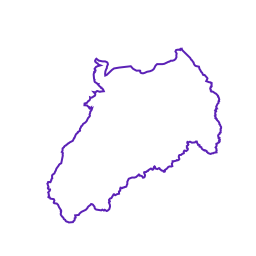 Pedro Moncayo, Pichincha, Ecuador, rotated 344°
{"feature_id": "8360857B86285248238237", "entity_name": "Pedro Moncayo", "entity_type": "district", "adm_level": 2, "iso_a3": "ECU", "parent_name": "Ecuador", "parent_adm1": "Pichincha", "projection": "albers", "projection_center": [-78.291, 0.06], "detail": "fine", "context": "isolated", "style": "outline", "palette": "violet", "viewbox_px": 256, "rotation_deg": 344, "n_neighbors": 0, "source": "geoboundaries", "source_scale": "gbopen_adm2", "svg_char_len": 5853}
<svg xmlns="http://www.w3.org/2000/svg" viewBox="0 0 256 256"><g transform="rotate(344 128 128)"><path d="M201.5,66.7L200.1,67.3L200.0,66.5L198.7,67.0L197.9,66.5L195.8,66.3L194.7,67.5L195.3,69.8L194.5,71.4L194.1,73.3L192.7,74.8L191.2,75.5L189.2,75.6L187.8,75.1L186.0,75.6L185.3,75.5L180.6,76.3L178.7,76.1L173.6,74.6L171.7,75.6L169.2,78.3L167.4,79.2L164.9,79.5L161.8,79.2L159.2,79.6L157.5,79.6L156.0,78.9L155.4,78.3L155.2,77.3L155.5,76.3L155.3,76.1L151.9,75.2L149.2,72.5L147.7,69.4L136.3,67.5L131.0,66.9L128.7,67.7L122.2,71.1L120.6,71.3L120.9,69.7L121.9,67.3L123.2,65.5L124.1,64.7L124.6,63.3L126.3,61.2L126.3,59.7L125.9,58.9L124.4,57.7L121.8,56.9L118.4,55.1L116.7,52.7L116.0,53.1L114.9,54.3L114.8,55.2L115.5,56.2L115.6,56.6L116.7,57.7L117.0,58.8L118.8,60.2L115.8,60.2L114.1,60.5L112.2,61.9L112.2,62.6L112.7,63.4L112.6,64.0L111.0,64.6L110.9,64.9L111.2,65.4L110.4,65.8L109.7,67.2L108.9,71.5L109.2,72.4L108.8,72.9L108.7,73.6L108.8,74.6L110.8,76.9L111.0,77.5L111.5,77.6L111.1,78.0L111.7,78.7L112.0,79.9L112.9,81.0L113.1,81.9L113.6,82.0L113.6,82.5L114.3,83.2L114.7,84.3L114.9,86.0L111.5,85.4L111.0,85.5L108.7,84.0L108.0,84.0L106.6,84.8L104.9,84.0L105.9,86.1L105.7,87.0L105.2,87.7L104.4,88.1L104.0,88.0L102.2,88.7L100.7,88.7L100.0,88.1L99.8,89.3L98.6,90.8L96.9,91.3L95.5,92.5L93.0,92.5L92.4,94.1L94.8,95.0L95.9,96.9L96.5,97.2L96.2,97.7L96.3,98.5L96.6,98.9L97.0,99.0L97.9,98.5L97.7,99.0L97.9,99.5L98.9,99.2L98.0,100.6L96.1,102.1L95.7,103.3L94.8,104.3L94.8,105.6L94.4,106.2L92.3,107.5L90.1,110.0L88.4,111.0L86.0,111.7L84.6,113.1L83.4,113.5L82.8,114.5L81.6,115.6L81.2,116.6L81.2,117.3L80.8,117.6L79.0,117.9L78.7,118.5L78.2,118.5L77.8,119.0L76.4,119.6L75.1,121.0L74.7,121.8L73.6,122.6L73.5,123.1L73.0,123.3L71.4,125.1L67.9,125.8L67.1,126.2L66.4,126.2L65.2,127.0L64.4,127.0L63.6,127.6L62.4,127.8L61.4,128.4L61.2,128.8L59.5,129.6L58.8,131.8L57.8,132.8L58.1,133.1L58.5,134.2L58.0,134.9L57.7,136.6L54.1,143.5L52.6,143.8L51.6,144.3L51.1,144.9L48.0,147.3L46.6,149.3L46.1,149.6L44.7,151.4L42.9,152.0L42.0,152.6L41.4,154.5L41.4,155.4L40.1,156.3L40.0,156.9L38.5,158.7L38.1,158.7L37.4,158.1L36.5,158.0L36.2,158.0L35.9,158.8L35.2,159.2L35.3,162.9L34.4,163.6L34.4,164.1L34.9,165.1L36.1,165.5L36.1,165.9L35.3,166.9L33.5,167.9L33.7,169.0L33.4,170.3L33.6,170.8L32.4,172.5L32.7,172.9L33.6,173.0L33.9,174.5L37.0,175.9L37.3,177.3L36.0,179.3L36.1,179.6L36.4,180.0L38.7,181.0L39.6,182.6L39.9,185.2L41.0,188.7L40.9,189.4L40.4,189.5L40.3,191.0L39.8,191.6L39.5,192.8L40.2,194.9L41.1,196.4L41.2,197.8L42.3,199.0L42.5,200.2L43.0,200.9L44.3,201.7L45.1,202.5L49.1,203.3L49.9,202.5L51.0,202.1L51.6,201.2L51.9,200.0L53.0,199.7L53.1,197.4L56.7,198.0L57.8,196.9L60.1,195.8L64.9,195.0L66.9,193.8L67.3,193.2L68.3,192.5L70.9,191.5L71.6,190.9L72.4,191.3L73.2,192.1L73.6,193.3L74.1,194.3L73.9,195.9L74.4,197.1L75.1,197.7L79.6,199.8L80.8,199.4L82.1,200.7L83.1,200.2L84.6,201.9L85.4,201.9L87.6,200.9L89.0,198.7L89.4,197.0L89.1,194.3L89.5,193.9L90.3,193.7L90.4,193.4L89.8,192.7L89.9,191.9L91.2,190.9L92.7,190.8L95.9,187.8L96.3,187.8L96.9,188.9L97.3,189.1L99.0,188.6L101.3,188.7L101.8,186.5L103.2,186.1L103.7,184.2L104.4,183.3L104.8,183.5L104.9,184.1L105.2,184.2L106.1,184.2L107.0,183.8L107.6,184.1L108.5,183.8L109.6,184.0L110.3,183.8L111.2,182.4L111.9,181.7L112.5,179.5L114.7,177.0L118.2,176.7L120.4,177.4L122.2,177.4L125.7,175.7L125.9,176.0L126.0,177.0L126.7,177.1L128.3,178.3L128.7,179.9L129.6,180.0L130.6,179.5L131.4,178.0L131.1,175.5L131.5,174.9L133.3,175.3L134.0,174.8L135.2,174.9L135.8,174.2L138.8,173.3L139.3,173.6L139.9,174.8L140.6,174.8L141.2,174.3L142.2,172.6L142.9,172.2L143.2,172.6L143.3,174.6L144.9,175.6L146.8,175.1L147.2,175.5L147.3,176.4L147.9,177.0L148.5,178.1L150.1,178.9L150.2,179.8L150.5,180.0L151.2,180.1L151.6,179.7L152.0,178.5L154.1,177.8L156.1,176.5L157.4,176.4L159.1,177.0L160.1,176.9L160.3,174.4L161.4,173.3L161.7,172.2L163.0,172.6L165.2,172.7L166.2,172.3L166.8,172.8L168.2,172.5L168.8,172.0L168.8,169.9L169.2,168.9L169.7,168.3L170.3,168.2L171.7,168.5L172.8,167.9L174.7,167.7L174.9,167.4L174.9,166.4L175.8,165.3L176.3,165.3L177.6,166.2L179.1,165.6L179.8,164.7L179.8,164.1L179.1,163.4L179.6,161.5L181.0,161.1L181.5,160.5L180.9,159.0L181.0,158.1L181.3,157.8L182.1,158.6L183.1,158.2L183.9,158.3L185.4,159.7L188.3,160.3L189.5,159.7L190.4,160.0L190.3,161.3L190.7,162.7L190.7,163.5L191.7,163.8L192.1,164.3L191.6,165.5L193.2,166.7L193.2,167.9L193.5,168.7L194.8,170.3L195.3,170.3L195.6,170.9L196.4,170.9L196.7,171.5L197.2,171.8L197.2,172.8L197.7,173.2L198.1,174.2L199.3,175.1L200.3,175.7L202.0,175.5L202.9,175.8L203.9,175.5L206.4,175.8L206.5,174.5L207.1,173.9L207.1,172.7L207.3,172.0L206.8,170.8L208.1,169.8L208.6,168.5L208.4,168.0L208.6,167.5L210.1,167.4L210.7,166.9L211.7,166.9L212.5,166.1L212.5,165.8L212.0,165.3L212.3,164.9L213.0,164.7L213.1,164.4L212.6,163.4L213.1,162.8L212.3,162.3L212.6,161.8L212.4,161.0L212.6,160.0L213.4,159.2L214.5,158.9L214.9,158.0L215.6,158.0L215.9,157.8L216.1,156.4L216.6,155.7L216.6,154.5L217.4,153.9L217.8,152.7L217.4,151.4L217.4,150.3L216.9,149.5L217.2,148.6L216.8,146.8L215.7,144.8L215.8,144.0L215.3,143.8L215.3,142.7L214.8,142.5L215.2,141.6L214.9,140.4L215.5,140.2L215.9,139.4L215.6,138.6L216.4,136.7L217.1,136.4L216.6,135.4L217.6,135.0L217.7,134.7L217.4,134.3L217.9,133.8L218.7,133.8L218.4,133.2L218.8,132.6L218.6,131.9L220.8,129.4L221.9,128.9L222.3,127.4L223.0,127.3L223.0,126.5L223.6,125.7L223.6,123.3L223.1,122.7L223.4,121.9L222.1,119.3L221.4,118.7L219.7,116.6L218.5,115.8L218.1,115.9L217.8,115.1L218.2,113.8L217.8,113.0L218.6,111.6L219.0,111.6L219.2,111.1L219.7,111.2L220.0,110.9L220.1,109.7L220.6,108.7L220.3,108.2L220.7,107.6L219.6,106.7L218.8,106.5L216.1,104.5L218.0,102.4L218.0,101.8L216.2,98.1L215.5,98.0L214.8,97.6L214.5,95.4L213.7,93.9L213.6,92.8L213.0,90.9L213.1,88.6L210.3,87.1L209.5,86.2L209.0,84.4L209.1,83.0L208.6,82.2L208.2,80.6L207.5,79.7L207.1,77.8L201.7,68.3L201.5,66.7Z" fill="none" stroke="#5b21b6" stroke-width="2"/></g></svg>